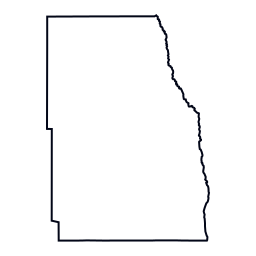 outline of Richland, North Dakota, United States of America
{"feature_id": "52423323B46553352512273", "entity_name": "Richland", "entity_type": "district", "adm_level": 2, "iso_a3": "USA", "parent_name": "United States of America", "parent_adm1": "North Dakota", "projection": "mercator", "projection_center": [-96.692, 46.284], "detail": "fine", "context": "isolated", "style": "outline", "palette": "ink", "viewbox_px": 256, "rotation_deg": 0, "n_neighbors": 0, "source": "geoboundaries", "source_scale": "gbopen_adm2", "svg_char_len": 3378}
<svg xmlns="http://www.w3.org/2000/svg" viewBox="0 0 256 256"><path d="M47.2,16.6L47.2,44.6L47.0,128.9L51.8,129.0L51.7,220.7L58.6,222.2L58.7,240.6L77.3,240.6L83.3,240.5L86.6,240.4L105.2,240.6L109.5,240.6L109.9,240.5L133.2,240.5L153.1,240.5L156.1,240.4L176.2,240.4L180.8,240.5L185.5,240.5L190.1,240.6L194.7,240.6L197.2,240.6L199.4,240.6L204.0,240.6L206.9,240.6L207.2,240.0L207.4,237.3L207.3,236.6L206.7,235.8L205.4,231.5L205.0,226.2L205.0,223.2L204.7,219.1L204.6,218.4L204.2,217.3L204.6,214.5L204.0,212.8L203.9,212.3L203.7,211.2L204.7,207.7L206.3,203.3L207.5,202.0L207.9,201.1L208.4,199.0L208.5,197.7L208.2,197.0L208.2,196.7L209.0,192.8L208.6,191.9L208.5,188.6L208.2,186.9L207.9,186.1L207.0,185.1L206.5,183.8L206.2,182.9L207.1,182.5L207.1,181.4L205.5,180.0L205.2,179.4L205.5,179.0L205.7,176.9L204.4,173.8L203.9,173.2L203.4,172.4L203.2,171.2L203.8,167.5L203.7,166.5L203.6,165.8L203.2,165.4L202.7,164.9L202.4,164.0L202.5,163.8L202.3,162.9L202.0,162.8L201.8,162.8L201.6,162.5L201.6,162.3L201.6,161.9L201.6,161.5L201.7,161.1L201.6,160.8L201.4,160.3L201.4,158.8L201.6,158.1L201.6,157.0L202.2,156.4L202.3,156.1L202.5,155.2L202.3,154.2L202.2,154.1L201.8,152.3L200.7,149.6L199.8,149.1L199.4,146.6L199.1,142.1L199.2,141.6L200.1,140.9L200.5,140.6L200.8,140.3L201.0,140.1L201.0,139.8L201.0,139.5L200.8,139.3L200.5,139.1L200.1,138.8L200.0,138.3L200.2,137.8L200.2,137.2L200.0,136.7L199.7,136.2L199.1,135.9L198.9,135.5L199.0,135.0L199.5,133.6L199.9,131.3L199.8,130.8L199.2,129.7L199.1,129.2L199.2,128.7L199.7,127.7L199.7,126.3L199.5,125.9L199.0,125.5L198.8,125.0L199.1,124.0L199.0,123.5L198.8,123.1L198.5,121.9L199.2,119.2L199.2,118.6L198.6,116.9L198.9,113.4L198.6,113.2L197.0,112.7L195.5,111.2L194.4,110.3L194.3,109.9L194.8,108.9L194.2,107.9L192.5,107.2L192.3,106.9L192.3,106.2L191.8,105.9L189.8,106.6L188.9,106.5L188.6,106.0L188.3,104.3L188.5,103.5L188.4,103.1L187.5,102.7L186.5,101.9L185.9,100.5L185.8,99.5L184.1,99.2L183.8,98.9L183.3,95.9L183.4,94.2L181.3,89.4L180.8,88.5L180.5,88.4L179.9,88.7L179.2,88.4L179.0,87.9L179.1,87.4L179.0,86.7L177.8,86.3L177.3,85.9L177.2,85.5L177.3,85.0L177.2,84.5L177.0,84.2L176.2,84.3L176.0,83.6L176.0,83.2L176.3,82.4L176.2,81.7L175.8,81.4L175.2,81.3L175.0,81.1L174.9,80.3L174.5,79.5L173.9,79.2L173.1,79.2L172.5,78.6L172.4,78.0L172.5,77.3L172.9,76.5L172.8,75.6L172.7,75.4L172.5,75.2L172.3,74.4L172.4,74.1L173.0,73.5L173.2,71.8L173.0,70.5L172.6,70.1L172.0,68.9L171.8,68.3L171.9,67.8L171.7,67.6L171.5,67.4L171.0,67.2L170.6,66.9L170.5,66.2L168.7,65.4L168.4,65.0L168.4,64.6L168.7,63.8L168.6,63.4L168.2,63.1L168.0,62.5L168.1,61.9L168.8,60.4L169.0,59.5L168.6,59.2L168.1,58.3L168.5,56.9L168.5,56.5L167.9,55.5L168.5,54.2L168.2,52.8L167.9,50.2L167.1,49.1L166.6,47.9L166.6,47.3L167.1,46.6L167.1,46.1L166.5,45.4L166.5,45.2L166.9,44.6L167.0,44.4L166.8,44.0L166.2,43.6L166.6,42.3L166.6,41.9L166.1,40.7L165.8,40.3L165.6,39.7L165.8,39.2L166.1,38.9L166.6,37.2L166.2,34.5L165.8,34.0L165.0,33.8L164.8,33.4L164.7,33.0L164.9,31.9L164.8,31.7L164.2,31.7L163.8,31.5L163.9,30.7L163.6,30.4L162.7,29.9L162.6,29.5L162.7,28.4L162.6,28.1L162.3,27.9L161.7,26.8L160.9,26.7L160.4,26.1L160.4,25.6L160.4,24.9L160.5,24.3L160.4,24.1L159.8,23.7L159.7,23.1L160.0,21.8L159.8,21.4L159.0,20.9L158.9,20.3L159.1,19.9L158.9,19.4L157.8,19.1L157.7,17.9L157.8,17.3L157.8,16.8L157.6,16.6L156.5,15.9L156.2,15.4L154.6,16.3L102.4,16.4L98.0,16.4L47.2,16.6Z" fill="none" stroke="#020617" stroke-width="2"/></svg>